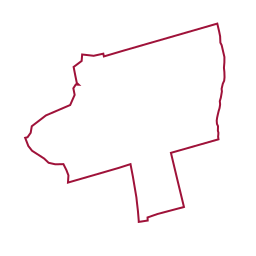 'Eua fo'ou, Eua, Tonga (Natural Earth projection), rotated 174°
{"feature_id": "48082658B68963423411416", "entity_name": "'Eua fo'ou", "entity_type": "district", "adm_level": 2, "iso_a3": "TON", "parent_name": "Tonga", "parent_adm1": "Eua", "projection": "natural_earth1", "projection_center": [-174.959, -21.373], "detail": "fine", "context": "isolated", "style": "outline", "palette": "rose", "viewbox_px": 256, "rotation_deg": 174, "n_neighbors": 0, "source": "geoboundaries", "source_scale": "gbopen_adm2", "svg_char_len": 1045}
<svg xmlns="http://www.w3.org/2000/svg" viewBox="0 0 256 256"><g transform="rotate(174 128 128)"><path d="M39.2,107.3L39.3,109.9L38.8,112.4L38.6,114.0L38.9,115.8L38.3,120.4L39.1,122.8L39.0,126.1L38.3,128.9L37.3,131.9L36.0,135.6L35.0,137.9L34.6,139.2L34.1,141.1L33.9,142.1L33.9,145.1L32.5,148.5L30.8,154.5L30.8,157.2L29.1,162.1L27.4,165.0L26.7,168.4L26.3,173.6L26.3,177.8L25.3,183.1L24.7,188.5L26.2,200.6L27.2,203.2L26.8,209.5L27.3,214.7L28.3,222.5L125.0,205.3L144.5,201.7L144.8,204.5L154.6,203.4L156.4,203.8L165.9,205.9L167.1,199.5L175.7,194.4L174.9,185.3L174.2,178.2L172.5,176.2L175.4,176.7L178.2,173.2L177.6,166.5L183.1,156.9L208.3,149.1L223.5,139.8L225.3,133.4L228.9,129.3L231.3,129.0L229.0,120.5L225.8,115.4L214.6,106.4L210.6,101.7L204.1,99.5L196.0,98.8L193.6,92.4L192.2,87.1L193.4,80.0L154.1,87.0L153.6,87.1L141.3,89.3L134.6,90.7L129.3,91.8L128.2,78.8L126.9,58.1L126.9,53.6L126.8,44.4L127.0,35.3L127.1,33.5L118.1,33.9L117.9,37.0L107.6,39.4L80.6,43.6L84.3,71.2L87.9,98.8L39.2,107.3Z" fill="none" stroke="#9f1239" stroke-width="2"/></g></svg>